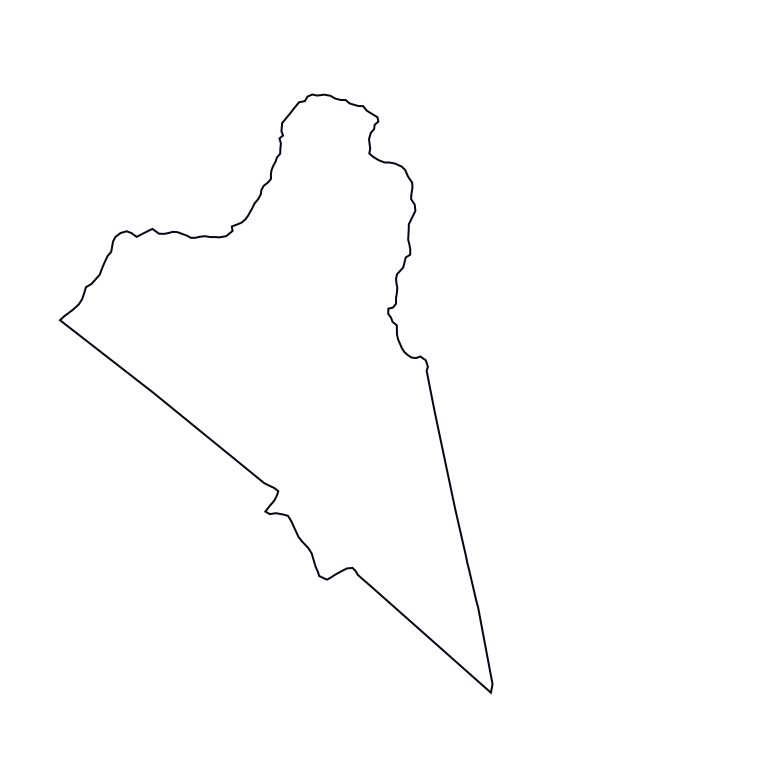 the district of Capanema, Pará, Brazil, rotated 315°
{"feature_id": "56859067B17880522908499", "entity_name": "Capanema", "entity_type": "district", "adm_level": 2, "iso_a3": "BRA", "parent_name": "Brazil", "parent_adm1": "Pará", "projection": "albers", "projection_center": [-47.084, -1.188], "detail": "fine", "context": "isolated", "style": "outline", "palette": "ink", "viewbox_px": 768, "rotation_deg": 315, "n_neighbors": 0, "source": "geoboundaries", "source_scale": "gbopen_adm2", "svg_char_len": 2295}
<svg xmlns="http://www.w3.org/2000/svg" viewBox="0 0 768 768"><g transform="rotate(315 384 384)"><path d="M241.3,677.9L248.4,673.1L292.6,608.5L296.0,602.5L312.5,576.0L316.4,569.4L319.6,564.7L346.3,522.2L374.5,478.9L400.2,439.5L423.5,404.8L427.2,402.9L430.3,396.9L429.2,390.3L424.9,388.3L422.1,384.6L421.2,380.0L421.0,375.6L422.0,371.3L425.4,362.6L428.1,358.3L434.5,351.6L434.0,346.1L435.9,342.0L436.6,337.4L440.3,333.8L444.4,336.3L449.2,335.8L453.1,331.9L457.8,328.5L461.5,325.3L464.1,321.5L467.0,318.0L470.9,315.6L475.3,315.4L480.0,315.2L488.8,309.9L494.0,311.1L497.9,307.2L500.6,303.3L503.1,299.1L511.2,291.8L514.5,288.6L528.6,283.8L532.5,279.0L533.9,272.4L537.3,269.4L543.0,265.2L546.2,261.7L547.7,254.3L550.3,247.7L550.3,243.0L547.6,235.8L544.5,231.3L541.0,227.7L538.5,222.0L536.9,215.4L536.6,210.6L540.7,207.8L543.3,204.4L546.5,200.3L552.2,197.1L557.2,196.8L560.7,194.1L565.5,194.5L568.0,190.8L566.7,185.3L565.1,178.7L565.7,172.6L562.6,169.6L560.4,165.7L558.1,161.3L557.7,156.1L554.3,152.7L551.3,147.6L549.9,142.3L546.3,137.1L540.7,132.8L538.0,128.6L533.2,126.7L528.0,128.0L523.1,124.7L514.4,125.6L509.0,126.3L496.4,127.5L490.2,132.8L488.3,136.9L483.7,136.4L481.2,141.0L476.8,144.6L473.4,147.8L468.6,148.1L464.3,150.2L460.3,151.3L456.0,153.1L452.6,155.4L449.2,159.0L444.8,159.5L439.1,158.8L434.5,160.1L431.1,162.7L425.8,164.3L420.1,164.8L415.5,166.4L406.8,168.9L402.0,169.6L397.4,169.2L392.8,167.3L387.8,165.0L385.1,168.7L377.0,167.9L371.3,163.9L368.2,160.4L365.0,157.2L362.1,153.1L358.0,149.7L354.2,147.4L350.9,144.2L349.5,139.6L345.2,130.4L342.2,127.0L338.4,124.9L334.7,122.4L331.2,118.6L329.9,110.6L325.1,108.9L313.1,105.0L312.2,98.9L310.0,94.0L304.5,91.0L298.2,90.1L293.2,91.6L284.5,97.7L279.2,98.0L271.5,100.8L265.7,103.2L260.3,105.7L247.9,106.4L241.7,104.8L236.7,107.5L230.5,110.6L224.3,111.9L216.3,111.5L205.8,110.0L200.0,109.8L214.7,227.3L229.2,369.4L231.1,375.2L232.8,379.7L233.5,385.0L229.6,387.1L223.9,388.9L217.0,389.4L209.9,390.3L211.3,395.3L216.3,399.0L220.4,405.0L222.9,409.3L221.2,416.2L219.0,421.9L215.4,431.7L214.7,437.3L214.5,446.2L213.1,452.6L206.5,464.7L204.5,470.0L202.4,473.9L203.8,478.0L205.4,482.1L209.7,483.3L214.3,484.2L223.5,486.9L227.5,488.3L231.7,491.8L231.7,496.3L230.5,500.6L232.0,523.1L241.3,677.9Z" fill="none" stroke="#020617" stroke-width="2"/></g></svg>